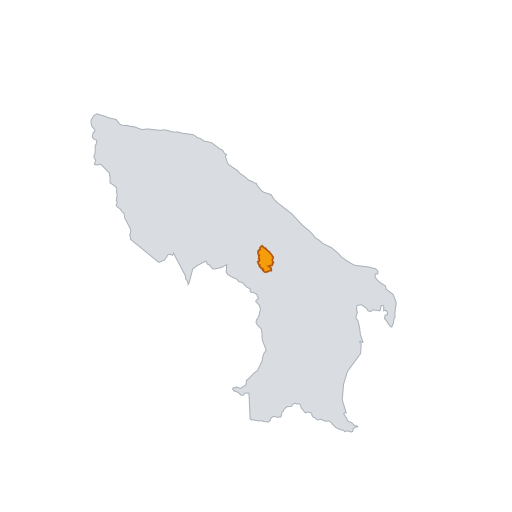 Padre Abad, Ucayali, Peru shown in context, rotated 152°
{"feature_id": "86281439B41758290509877", "entity_name": "Padre Abad", "entity_type": "district", "adm_level": 2, "iso_a3": "PER", "parent_name": "Peru", "parent_adm1": "Ucayali", "projection": "equal_earth", "projection_center": [-75.247, -8.814], "detail": "fine", "context": "in_parent", "style": "filled", "palette": "amber", "viewbox_px": 512, "rotation_deg": 152, "n_neighbors": 0, "source": "geoboundaries", "source_scale": "gbopen_adm2", "svg_char_len": 7615}
<svg xmlns="http://www.w3.org/2000/svg" viewBox="0 0 512 512"><g transform="rotate(152 256 256)"><path d="M339.1,148.3L339.0,149.7L337.7,150.4L336.5,149.4L334.7,149.7L332.0,146.4L325.5,146.9L322.6,150.8L318.4,151.6L313.7,153.4L308.4,154.2L300.0,160.4L298.1,162.9L294.4,166.6L291.3,167.8L289.8,179.1L286.7,185.7L285.6,189.3L287.2,194.7L287.1,197.4L285.5,199.6L284.1,199.8L281.2,202.1L277.0,207.1L276.2,210.9L277.6,216.0L277.1,216.5L273.6,217.5L273.7,220.3L273.0,221.4L275.9,225.4L277.6,226.4L277.7,227.4L277.4,228.4L276.7,228.9L276.7,229.8L278.8,232.8L280.4,238.8L283.4,241.7L283.5,243.6L284.4,245.5L286.0,247.0L289.7,253.0L289.8,255.8L285.9,262.1L292.3,262.1L299.4,264.3L300.4,265.3L301.2,268.2L301.3,270.1L302.7,271.6L302.6,275.1L311.9,275.2L317.9,274.3L327.8,263.6L329.3,262.7L328.5,265.0L328.4,266.7L328.9,268.6L327.7,271.2L327.5,297.2L329.3,295.8L331.6,298.2L333.2,298.4L338.6,295.4L344.8,295.9L359.0,329.8L357.8,332.1L357.8,333.8L356.0,335.3L354.2,338.0L354.0,351.4L352.5,355.5L353.3,357.6L354.1,361.9L355.4,364.4L355.7,366.1L355.5,366.7L353.5,368.1L353.3,370.6L349.7,375.4L349.0,378.6L347.7,379.7L347.4,383.3L350.6,389.2L348.5,392.8L346.5,398.0L349.7,409.0L351.0,410.6L352.4,410.5L354.5,411.4L355.6,413.1L353.0,415.2L352.6,416.1L352.7,419.7L349.8,422.4L345.9,429.3L344.8,429.6L342.9,431.7L342.5,432.7L342.8,433.7L344.5,435.8L344.6,438.3L341.8,441.4L339.9,441.7L339.1,442.6L339.9,446.8L339.8,448.7L339.2,450.9L337.8,453.4L333.7,455.9L329.9,456.4L323.6,450.1L321.6,447.5L315.3,442.1L314.4,436.5L312.3,433.7L308.4,431.7L305.3,428.8L303.0,427.4L297.3,421.1L292.1,419.1L282.4,412.4L277.1,410.1L270.4,403.9L266.7,402.2L263.8,399.3L255.0,393.0L253.6,391.0L252.2,388.0L250.2,386.1L248.0,381.9L244.7,379.4L241.6,376.2L237.7,367.3L235.8,365.3L235.7,361.3L234.4,359.4L236.3,358.1L237.5,351.8L236.9,348.7L232.3,340.3L231.5,336.8L228.2,330.3L227.0,326.4L224.3,323.6L223.2,321.1L221.7,320.1L221.7,317.1L220.6,311.4L219.2,308.6L213.9,303.2L213.4,297.4L212.2,293.4L204.8,277.0L200.5,261.2L196.9,252.5L195.5,247.4L195.3,244.7L192.7,240.0L191.2,235.8L185.2,227.5L181.7,218.4L181.3,215.7L178.9,210.6L175.1,204.1L173.2,201.4L161.7,193.4L156.3,188.4L155.6,185.9L155.9,184.4L157.1,183.0L158.7,184.1L159.7,183.6L160.5,181.8L160.5,179.1L159.5,175.6L155.8,168.8L156.7,165.7L153.0,157.8L153.8,150.2L154.6,148.2L160.2,140.4L161.7,137.1L164.1,135.1L166.5,131.9L169.5,129.5L170.3,130.4L171.2,134.5L171.1,137.3L171.9,140.4L169.8,143.2L167.7,142.6L166.8,143.3L166.5,144.6L166.8,146.7L167.4,147.6L169.0,147.6L166.8,151.7L167.0,152.5L168.6,153.3L170.0,152.2L171.6,149.9L172.5,149.6L178.2,153.6L180.8,153.1L182.8,154.9L183.0,157.8L185.8,163.5L190.0,164.9L190.7,164.4L191.6,162.3L192.5,162.0L192.7,158.8L196.4,155.5L196.9,153.2L196.4,151.5L196.5,150.2L198.6,142.8L199.2,142.0L199.8,139.6L200.7,138.1L201.9,129.7L202.9,129.8L203.8,131.8L205.0,131.2L204.4,129.4L204.6,128.7L208.6,122.0L209.8,120.6L229.2,111.3L238.8,101.8L247.4,88.5L250.0,75.1L251.0,76.1L252.6,75.7L252.1,70.3L252.5,67.8L252.4,67.0L249.7,63.8L248.7,60.2L246.3,58.2L246.4,57.4L248.9,58.2L251.1,57.9L253.0,55.6L254.4,55.8L257.6,58.9L260.0,59.1L260.7,61.3L263.0,62.9L266.3,67.5L267.7,72.6L267.6,73.5L269.1,76.2L272.2,77.4L275.3,81.2L278.6,82.3L280.1,85.7L281.0,86.7L281.4,88.7L280.9,90.9L281.4,92.1L283.8,94.1L285.8,94.2L286.3,95.1L287.4,100.7L286.7,103.5L287.0,105.0L289.7,106.4L290.5,107.6L292.6,107.9L295.6,106.7L299.4,108.4L302.3,107.7L303.6,107.3L305.0,106.1L306.1,106.1L309.1,102.6L309.9,102.3L313.1,103.8L315.8,106.3L319.1,105.8L320.4,104.3L322.8,103.5L327.1,106.4L328.0,107.9L329.2,108.1L333.8,111.1L334.7,112.3L337.1,113.4L337.6,114.4L337.4,115.5L326.6,138.2L329.9,140.1L333.0,139.0L334.7,140.5L335.9,144.2L338.3,146.6L339.1,148.3Z" fill="#d9dde1" stroke="#a8b0b8" stroke-width="1"/><path d="M249.3,235.8L249.2,235.9L249.2,236.0L249.1,236.3L249.0,236.5L248.7,237.0L248.5,237.4L248.5,237.5L248.6,237.8L248.7,238.0L248.6,238.4L248.4,238.4L248.4,238.5L248.6,238.8L248.7,238.7L248.8,238.7L248.9,238.9L248.9,239.0L248.8,239.5L249.0,239.7L249.1,239.8L249.2,240.2L249.3,240.2L249.4,240.4L249.5,240.5L249.8,240.9L249.9,241.1L249.7,241.0L249.4,241.1L249.2,241.0L249.0,240.9L248.9,240.7L248.8,240.8L248.4,240.6L248.1,240.8L248.0,240.7L247.8,240.7L247.6,240.9L247.4,240.9L247.2,240.8L247.2,240.7L246.9,240.2L246.6,240.1L246.2,240.1L246.0,240.3L245.7,240.3L245.5,240.5L245.2,240.9L245.1,241.1L245.1,241.3L245.0,241.5L245.0,241.8L244.7,241.8L244.3,241.9L244.1,242.1L243.9,242.0L243.9,242.3L243.7,242.4L243.9,242.6L244.0,242.8L244.0,243.0L244.0,243.3L243.9,243.4L243.9,243.5L243.7,244.2L243.6,244.4L243.4,244.5L243.3,244.9L243.4,245.1L243.1,245.5L242.9,245.5L242.8,245.4L242.2,245.7L242.0,246.0L241.9,246.1L241.6,246.5L241.3,246.7L241.2,247.0L241.4,247.4L241.4,247.7L241.7,248.3L241.5,248.9L241.6,249.7L241.6,249.9L241.7,250.2L241.8,250.6L241.8,250.8L242.0,250.9L242.0,251.0L242.0,251.3L242.1,251.5L242.2,252.0L242.2,252.3L242.3,252.5L242.2,252.7L242.1,252.8L242.2,253.2L242.2,253.3L242.3,253.3L242.4,253.5L242.4,253.8L242.6,253.9L242.7,254.2L242.8,254.2L242.9,254.4L243.0,254.5L243.0,255.0L243.3,255.4L243.3,255.7L243.5,256.0L243.6,256.4L243.7,256.7L243.6,256.9L243.7,257.2L243.7,257.6L243.8,257.7L244.1,257.9L244.1,258.0L244.2,257.9L244.3,258.2L244.2,258.3L244.5,258.5L244.6,258.8L244.8,259.0L245.0,259.4L245.0,259.7L245.0,259.8L245.1,260.0L245.2,260.5L245.3,260.6L245.5,260.8L245.4,260.9L245.4,261.1L245.5,261.2L245.6,261.5L245.7,261.8L245.8,262.1L245.8,262.3L246.4,262.1L246.6,262.2L246.8,262.0L247.0,262.1L247.5,261.9L247.9,261.7L248.0,261.6L248.4,261.5L248.6,261.4L248.8,261.3L248.8,261.0L249.3,260.2L249.3,259.6L249.7,259.6L249.9,259.5L250.0,259.6L250.3,259.7L250.4,259.9L250.6,259.9L250.9,259.9L251.0,259.8L251.0,259.7L251.5,259.6L251.8,259.5L251.9,259.3L252.0,259.3L252.0,259.2L252.3,258.8L252.3,258.6L252.2,258.3L252.3,258.2L252.5,258.2L252.9,257.7L253.1,257.3L253.1,257.1L253.2,256.8L253.2,256.5L253.0,256.4L252.9,256.2L252.9,255.9L252.9,255.7L252.8,255.3L253.1,255.4L253.3,255.3L253.3,255.2L253.3,254.9L253.5,254.8L253.5,254.7L253.4,254.6L253.5,254.5L253.5,254.4L253.7,254.2L253.8,254.0L254.0,253.9L254.0,253.7L253.8,253.7L253.9,253.4L254.1,253.3L254.2,253.1L254.3,253.1L254.5,252.9L254.4,252.9L254.6,252.8L254.7,252.6L254.7,252.3L254.7,252.1L254.5,251.9L254.6,251.7L254.8,251.6L254.9,251.4L254.7,251.1L254.8,251.0L254.7,250.9L254.7,250.5L254.9,250.5L255.0,250.5L255.1,250.4L255.5,250.3L255.6,250.5L255.8,250.4L255.9,250.2L256.2,250.2L256.3,250.0L256.6,250.1L256.6,250.3L256.9,250.3L257.2,250.2L257.4,250.1L257.2,249.1L257.2,248.9L257.4,248.5L257.6,248.3L257.6,247.8L257.6,247.5L257.6,247.3L257.6,247.0L257.6,246.8L257.4,246.6L257.5,246.5L257.4,246.4L257.4,246.2L257.2,246.0L257.2,245.9L257.3,245.8L257.2,245.8L257.3,245.7L257.3,245.4L257.3,245.2L257.4,244.9L257.5,244.7L257.6,244.4L257.7,244.2L257.6,243.9L257.6,244.0L257.5,243.9L257.5,243.7L257.3,243.6L257.3,243.4L257.3,243.1L257.2,242.9L257.1,242.6L256.9,242.6L256.9,242.4L256.7,242.3L256.7,242.2L256.6,241.9L256.6,241.7L256.5,241.4L256.5,241.2L256.5,241.3L256.5,241.2L256.4,241.2L256.5,241.1L256.4,241.0L256.4,240.9L256.3,241.0L256.3,240.9L256.2,240.7L256.3,240.6L256.2,240.6L256.2,240.3L256.3,240.2L256.5,240.1L256.5,239.9L256.4,239.9L256.6,239.7L256.4,239.3L256.3,239.1L256.2,238.4L256.0,238.0L255.9,237.9L255.7,237.5L255.5,237.3L255.4,237.2L255.2,237.1L254.9,237.0L254.6,237.0L254.4,237.2L254.2,237.0L253.9,237.0L253.7,236.8L253.4,236.8L253.2,236.5L253.1,236.4L252.7,236.5L252.5,236.8L252.4,236.8L252.2,236.9L251.9,236.8L251.7,236.7L251.3,236.6L250.6,236.5L250.4,236.5L250.3,236.3L250.2,236.3L249.9,236.5L249.8,236.3L249.7,236.2L249.5,235.9L249.3,235.8Z" fill="#f59e0b" stroke="#b45309" stroke-width="1.5"/></g></svg>